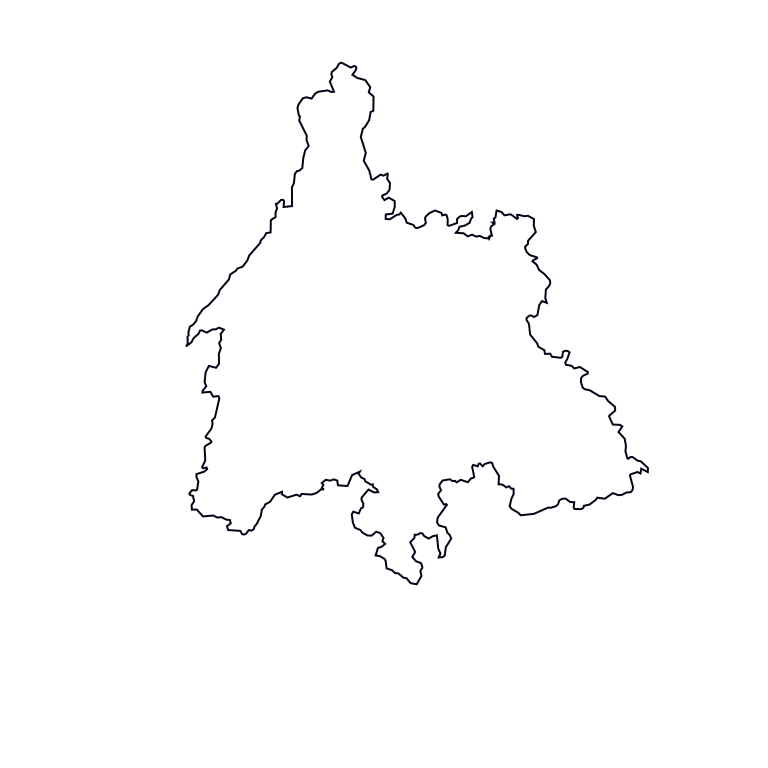 map outline of Sichuan (orthographic projection), rotated 43°
{"feature_id": "CHN-1809", "entity_name": "Sichuan", "entity_type": "Province", "adm_level": 1, "iso_a3": "CHN", "parent_name": "China", "parent_adm1": "", "projection": "orthographic", "projection_center": [103.034, 30.167], "detail": "fine", "context": "isolated", "style": "outline", "palette": "ink", "viewbox_px": 768, "rotation_deg": 43, "n_neighbors": 0, "source": "natural_earth", "source_scale": "10m", "svg_char_len": 6153}
<svg xmlns="http://www.w3.org/2000/svg" viewBox="0 0 768 768"><g transform="rotate(43 384 384)"><path d="M637.0,268.5L629.9,270.5L632.6,274.5L629.4,275.5L625.9,282.1L626.4,283.3L636.3,289.4L638.0,291.8L638.2,294.9L635.3,298.0L633.6,302.8L631.2,305.5L625.8,307.7L623.7,317.3L617.5,321.7L617.9,324.1L616.5,332.1L613.3,336.7L614.3,338.7L613.4,341.2L608.7,345.4L607.1,345.1L603.7,340.7L600.6,343.4L595.0,343.9L592.6,346.4L591.6,349.6L593.4,353.6L593.0,356.2L590.4,360.8L588.4,362.3L582.2,376.7L573.5,386.8L570.0,386.6L562.3,388.3L559.3,387.7L555.6,381.4L553.8,376.0L550.2,372.3L548.3,373.8L545.2,373.4L544.0,376.2L539.2,376.8L536.2,379.2L530.7,372.7L520.4,370.0L517.0,368.0L515.1,368.8L512.2,373.9L512.3,376.8L508.2,376.7L507.7,378.0L508.7,380.2L504.4,382.4L505.0,384.5L513.6,390.6L512.0,394.0L512.3,398.6L505.4,401.8L504.3,406.4L502.0,406.4L500.3,408.3L497.2,408.7L492.7,414.6L493.1,419.1L494.2,421.1L498.2,422.8L498.6,427.5L500.8,429.0L510.1,431.3L511.2,429.5L512.4,429.5L514.4,445.0L517.1,449.0L520.7,450.0L526.8,446.8L531.8,449.5L535.3,449.7L538.6,451.3L540.5,461.1L545.4,468.0L545.0,470.6L542.3,473.5L541.0,469.6L535.8,467.3L525.9,458.6L523.5,462.0L522.1,466.6L517.1,467.8L514.0,467.1L512.1,468.5L511.2,471.4L509.3,473.3L511.2,475.9L511.1,481.9L521.4,485.6L522.7,491.2L528.3,491.8L533.0,489.8L536.1,491.1L537.4,492.4L538.0,495.8L542.3,498.9L544.5,508.2L539.3,511.5L532.9,510.7L530.3,512.4L523.8,512.7L520.9,514.7L516.8,514.7L511.6,517.1L505.7,512.1L503.5,511.6L498.2,512.8L494.8,515.1L491.4,508.0L493.3,504.5L493.9,500.1L490.1,500.1L488.6,496.9L483.0,495.6L479.0,497.4L478.4,503.3L475.2,506.1L469.7,507.4L466.3,506.9L460.9,508.9L455.8,506.6L449.4,501.4L448.6,498.3L453.8,495.9L452.0,490.7L452.8,488.4L450.5,485.6L446.6,484.1L445.1,482.2L444.6,471.8L450.6,470.1L453.5,467.1L450.6,465.9L446.3,466.7L444.2,465.1L443.5,466.4L436.8,467.9L434.7,466.8L431.2,467.9L426.7,467.0L426.1,464.6L422.8,472.4L426.9,483.5L419.4,489.5L415.7,486.5L412.3,488.0L410.7,491.2L406.7,493.9L406.1,498.9L408.4,499.1L409.6,502.7L412.0,502.0L409.8,504.1L409.1,509.3L406.6,514.1L398.7,520.6L399.2,523.4L395.5,524.6L390.8,532.9L384.6,534.3L382.9,532.4L379.7,539.4L381.0,547.9L379.2,553.2L380.2,555.0L380.3,559.2L383.8,564.3L386.4,573.4L386.5,576.6L387.8,579.0L386.9,581.8L384.8,582.9L385.2,587.5L384.5,589.4L382.7,590.5L379.1,589.4L369.6,597.1L366.1,595.0L366.9,590.4L364.1,588.6L361.0,590.8L356.0,592.2L353.0,595.4L348.8,596.6L342.0,604.3L332.7,603.5L329.2,606.9L325.9,603.8L325.1,599.2L320.5,596.1L317.9,597.5L316.3,596.8L316.0,592.5L319.0,590.2L319.4,588.8L314.7,581.9L310.2,579.9L308.3,577.8L312.4,570.5L312.7,566.8L311.2,566.1L309.3,569.0L307.7,568.9L305.5,561.9L296.2,552.9L295.6,550.9L297.4,545.2L297.0,543.8L293.7,543.3L290.7,544.7L289.4,544.1L288.1,534.1L285.7,529.9L283.1,528.0L283.2,523.8L273.4,506.8L271.2,505.7L267.7,509.8L262.4,508.1L257.0,514.1L255.9,512.5L255.6,506.9L251.5,505.0L245.5,497.0L243.6,490.2L250.1,486.7L249.6,481.8L242.7,474.6L240.2,469.0L235.5,466.5L234.8,462.7L230.4,458.7L229.9,453.4L224.9,455.3L223.7,458.7L221.3,461.1L219.3,467.3L214.0,469.1L213.0,470.4L214.1,473.8L213.5,480.4L214.7,484.7L213.6,491.6L212.9,488.4L208.0,483.3L208.0,481.7L205.8,479.8L202.9,474.4L203.9,470.9L203.7,466.1L201.8,462.1L200.5,452.8L201.9,445.9L201.8,431.9L199.8,427.3L199.3,413.5L196.8,408.7L198.4,402.4L198.0,399.6L200.6,394.5L199.8,386.9L197.8,382.0L197.2,365.0L195.9,363.2L196.1,358.5L195.0,353.9L197.7,350.5L190.0,341.9L189.5,340.8L190.9,336.0L187.5,332.2L186.1,328.6L182.1,326.0L182.9,325.1L183.2,319.6L184.5,318.2L186.1,318.3L189.8,323.0L195.4,316.6L182.5,302.9L181.2,298.6L175.4,291.0L175.2,287.4L176.5,285.9L177.0,281.8L170.8,273.7L167.0,266.9L166.6,261.3L161.0,258.4L158.2,255.1L142.5,249.2L140.0,245.7L138.3,245.5L132.4,241.1L130.8,237.7L129.8,230.4L131.7,227.2L136.4,224.7L135.6,218.6L136.7,215.0L142.5,207.7L146.4,206.3L148.1,204.3L138.1,199.8L137.0,194.8L134.4,193.5L133.0,191.4L133.8,185.2L132.7,180.3L133.7,178.0L143.9,175.2L145.3,171.8L146.3,171.3L148.0,171.4L149.4,173.9L150.0,179.4L155.7,178.4L163.0,174.5L171.5,176.3L174.0,181.1L180.3,180.9L189.9,191.5L188.7,194.2L193.2,201.1L194.8,208.7L194.5,211.9L198.6,219.2L213.1,227.4L216.9,234.5L227.5,237.9L235.2,242.8L236.6,242.1L238.7,233.3L241.5,232.0L243.0,227.7L243.7,227.9L246.3,231.8L251.3,232.9L255.6,238.2L256.1,243.0L254.2,247.3L255.2,248.5L258.9,249.2L260.4,244.5L267.0,242.9L271.0,247.0L274.1,253.5L269.7,258.8L272.6,262.1L275.9,259.6L277.9,251.9L279.6,249.4L279.4,247.2L286.7,248.4L290.6,250.5L297.2,247.6L300.0,248.4L302.0,247.3L305.1,240.4L304.7,237.6L301.1,235.0L300.3,233.0L300.7,228.0L303.0,222.3L309.4,219.7L311.6,221.0L313.3,218.2L314.9,218.0L318.4,220.2L322.2,224.5L323.8,223.9L327.6,216.4L324.9,213.5L325.1,210.2L326.1,208.2L329.5,205.5L330.9,198.3L334.9,201.5L335.0,204.1L336.7,207.6L335.0,213.2L332.0,217.5L333.4,221.0L333.4,224.4L339.4,219.5L344.4,219.0L346.6,214.7L350.8,213.4L353.1,210.3L357.5,209.0L360.9,206.5L360.6,205.7L361.8,206.1L360.5,202.9L361.8,202.0L356.2,198.2L354.8,195.9L355.6,192.0L353.3,192.0L354.8,190.6L351.4,188.1L352.1,186.5L348.0,180.3L352.8,178.1L357.0,178.5L360.9,173.5L368.8,172.5L368.9,171.3L366.1,169.7L366.8,168.6L372.1,165.7L374.6,162.8L381.2,161.1L385.6,166.1L391.4,169.3L391.7,181.0L393.8,183.5L393.6,187.4L395.4,188.9L398.5,190.2L402.7,190.3L409.4,187.1L410.2,187.6L408.6,192.0L409.0,193.1L414.1,192.6L419.6,194.8L426.3,194.2L434.3,194.9L436.6,196.5L437.8,199.1L438.0,204.5L443.5,211.3L447.7,213.6L443.0,215.7L443.7,220.4L449.2,229.0L448.0,232.7L445.0,233.4L443.6,235.0L443.3,238.6L444.7,240.0L448.9,241.1L457.2,248.2L468.2,249.8L471.5,251.5L478.2,249.9L481.2,252.2L484.9,248.5L488.3,249.5L495.5,244.2L495.9,242.6L492.9,238.3L494.0,235.9L496.0,234.5L498.1,234.3L500.9,240.4L501.8,244.5L503.9,245.9L508.8,242.7L512.5,242.9L515.6,238.0L524.9,236.2L525.9,237.5L523.9,242.3L524.1,245.2L526.7,248.3L532.0,251.2L534.4,250.9L538.6,248.3L549.9,245.9L554.2,242.4L559.6,243.6L568.5,243.2L571.2,245.8L570.3,253.2L570.8,254.2L579.0,257.6L584.4,253.0L587.2,252.5L588.3,259.2L597.4,259.9L603.2,264.3L606.5,268.6L612.6,272.3L613.6,272.1L614.1,269.2L615.7,267.9L621.8,267.1L624.6,265.4L634.3,265.4L637.0,268.5Z" fill="none" stroke="#020617" stroke-width="2"/></g></svg>